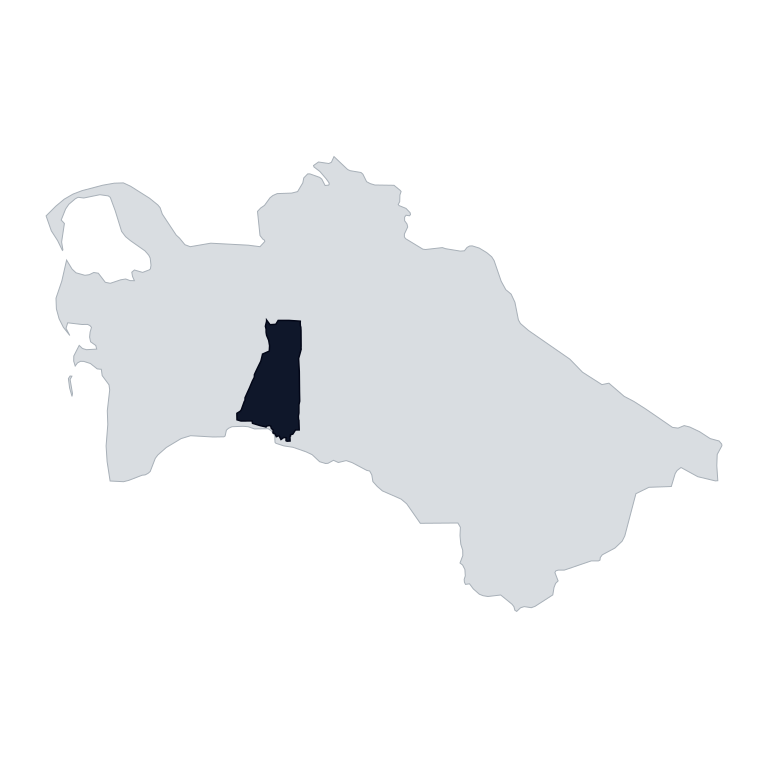 Baherden, Ahal, Turkmenistan (highlighted)
{"feature_id": "10190150B40000077655635", "entity_name": "Baherden", "entity_type": "district", "adm_level": 2, "iso_a3": "TKM", "parent_name": "Turkmenistan", "parent_adm1": "Ahal", "projection": "natural_earth1", "projection_center": [57.355, 39.019], "detail": "fine", "context": "in_parent", "style": "filled", "palette": "ink", "viewbox_px": 768, "rotation_deg": 0, "n_neighbors": 0, "source": "geoboundaries", "source_scale": "gbopen_adm2", "svg_char_len": 5066}
<svg xmlns="http://www.w3.org/2000/svg" viewBox="0 0 768 768"><path d="M210.7,243.2L248.4,245.2L260.0,246.7L264.8,241.5L264.5,240.2L262.8,239.1L260.0,235.5L257.5,211.4L260.8,207.9L264.5,205.4L270.0,197.8L272.9,195.5L277.2,193.6L291.6,193.1L297.6,191.6L302.8,182.9L303.8,177.9L307.7,173.9L309.9,173.9L319.7,177.4L321.8,179.1L325.1,185.5L328.7,185.1L329.3,184.0L328.9,182.6L326.1,178.7L319.9,171.5L314.0,167.0L313.5,165.5L318.5,162.0L328.8,163.5L331.4,162.3L334.0,156.6L347.6,169.5L350.2,170.7L361.0,172.5L362.9,174.2L366.6,181.7L370.2,183.6L374.8,185.0L394.0,185.3L400.1,190.3L401.1,191.5L399.9,195.0L399.7,201.7L398.2,204.4L399.1,205.6L406.0,208.4L410.1,212.7L410.5,214.6L409.4,215.8L406.1,215.2L404.6,217.1L404.6,220.7L407.0,224.0L407.7,227.0L404.4,234.0L404.4,236.9L405.5,238.6L422.9,249.2L425.7,249.5L442.4,247.6L445.6,248.7L460.3,251.1L464.4,250.8L467.1,247.4L469.7,246.0L472.3,245.9L479.3,248.1L486.7,252.6L491.7,256.8L494.1,260.6L501.2,281.3L505.8,289.7L511.1,294.1L514.9,302.2L518.4,319.9L520.4,323.5L528.5,330.5L569.9,359.2L582.5,372.2L601.9,384.6L608.9,383.2L624.2,396.4L633.8,401.4L646.3,409.4L672.5,427.4L678.1,428.1L684.2,425.6L689.7,427.0L699.6,431.7L710.2,438.6L719.1,441.0L721.7,444.1L721.9,445.7L717.2,454.5L716.8,465.7L717.8,480.7L715.4,480.9L697.8,476.7L681.0,467.5L677.1,470.5L675.2,473.5L671.3,486.5L648.9,487.3L635.9,493.7L624.8,535.9L622.2,541.1L615.0,548.0L602.3,554.8L600.3,557.5L600.0,560.1L598.4,560.9L591.3,560.9L564.3,570.1L558.3,570.1L555.9,570.8L554.9,572.5L558.1,580.9L555.6,583.4L554.0,587.5L552.8,594.9L535.1,606.3L531.3,607.7L524.2,606.6L520.5,607.8L516.7,611.4L514.9,610.3L513.9,606.6L512.0,604.2L500.7,595.0L487.9,596.5L483.1,595.7L479.3,594.2L473.3,588.9L469.5,583.8L465.5,584.4L464.4,582.1L464.2,579.3L465.3,575.9L464.9,569.5L462.6,565.0L460.0,563.0L462.8,555.6L462.7,550.2L460.8,544.2L460.0,535.6L460.4,527.3L457.9,523.0L420.3,523.3L406.7,503.8L401.1,499.1L382.4,490.9L377.2,486.4L372.9,481.6L371.8,474.9L369.7,471.0L366.8,470.4L352.1,462.6L346.2,460.6L338.3,462.5L333.5,460.3L328.0,463.3L325.6,463.5L319.6,461.7L312.2,454.7L306.0,451.8L293.0,447.3L283.9,445.9L275.9,443.3L275.0,442.3L274.8,436.3L273.7,433.8L271.4,430.9L268.2,428.7L254.4,428.9L248.1,426.7L243.0,426.3L232.0,426.7L228.5,428.3L226.4,430.2L225.1,436.0L223.9,436.8L213.2,437.0L190.6,435.7L181.1,438.6L166.3,447.5L157.8,455.0L155.3,458.3L150.2,471.5L148.0,473.4L145.1,474.9L142.2,475.2L128.7,480.4L123.5,481.7L110.1,481.0L107.1,461.5L106.1,446.0L107.8,424.5L107.3,410.8L109.7,389.9L109.0,384.8L102.2,375.6L101.3,369.3L97.2,368.9L90.4,363.5L83.8,361.4L80.5,361.3L77.5,362.9L75.2,366.0L73.7,361.1L73.8,356.0L79.2,345.4L82.5,348.5L86.5,349.7L96.7,349.1L95.8,345.5L90.6,341.8L89.6,337.1L90.1,332.1L91.5,327.4L90.0,325.6L87.6,324.4L82.1,324.5L67.7,322.8L66.0,328.3L69.8,335.5L63.4,327.3L59.1,318.8L56.4,308.9L56.0,298.2L61.8,281.1L66.6,260.1L72.0,269.0L76.0,272.8L84.9,275.3L89.2,274.7L93.8,272.5L98.3,273.2L105.3,282.3L110.3,283.3L120.7,279.8L125.7,279.0L130.0,280.6L134.4,280.7L132.5,276.4L131.8,272.2L134.4,270.0L142.6,272.4L149.2,269.9L150.4,268.9L151.0,265.3L150.2,258.1L148.7,255.1L144.9,250.8L130.5,240.7L125.6,236.7L121.6,231.4L115.2,210.7L110.3,197.4L108.3,195.9L99.9,194.7L83.8,198.0L78.1,197.3L75.4,198.7L68.8,204.3L65.6,209.0L61.2,220.0L64.4,223.5L61.6,242.0L62.9,249.9L62.4,250.4L57.6,240.6L51.3,230.8L46.1,215.9L55.8,206.2L64.2,199.2L73.0,194.1L82.2,190.6L102.8,185.2L114.2,183.2L123.4,182.9L130.5,186.2L149.5,198.2L157.8,204.9L160.1,207.7L162.3,214.1L176.2,235.1L179.5,238.1L184.9,244.7L190.2,246.7L210.7,243.2ZM72.5,393.6L72.0,396.4L69.6,387.9L68.4,378.6L70.1,376.0L71.9,376.2L70.1,379.5L72.5,393.6Z" fill="#d9dde1" stroke="#a8b0b8" stroke-width="1"/><path d="M266.6,320.1L266.6,321.3L265.7,324.9L265.4,326.3L266.1,329.1L266.1,329.4L266.1,329.9L266.1,332.2L266.6,335.3L268.4,339.6L268.5,339.9L268.7,340.3L269.6,345.7L269.4,349.1L269.3,351.1L262.5,354.1L262.5,354.4L261.2,359.8L260.8,361.3L259.2,364.5L256.3,370.5L254.4,374.6L254.4,375.9L254.3,377.3L252.3,381.2L249.6,387.7L247.4,392.5L245.3,397.2L245.1,397.5L245.0,399.1L245.0,400.7L244.6,401.0L244.4,401.2L241.3,409.8L240.4,411.0L240.1,411.3L236.9,413.3L236.9,415.4L237.0,419.7L237.0,419.8L241.0,421.0L252.1,420.9L252.5,423.3L260.5,425.7L265.9,426.9L266.0,427.0L266.8,426.0L269.1,425.5L270.7,426.0L271.4,428.5L273.1,429.8L273.0,432.9L275.2,434.0L276.3,436.7L277.5,436.2L278.9,435.6L279.2,436.0L281.0,439.5L283.6,437.6L283.8,437.5L286.1,437.7L286.0,440.7L287.0,441.2L289.1,441.1L290.1,441.0L289.9,436.4L290.5,436.1L290.5,434.8L290.5,434.7L292.8,434.1L295.4,430.1L295.5,430.0L297.5,429.9L299.2,429.9L298.9,420.4L298.6,419.6L298.6,419.3L298.5,418.9L298.4,416.6L298.4,415.9L298.9,413.0L298.9,411.5L298.9,405.1L298.9,404.8L299.7,401.2L299.5,391.4L299.3,372.0L299.3,371.7L298.6,358.5L299.2,356.3L300.1,353.1L301.2,349.0L301.0,348.6L301.1,346.2L301.0,330.7L300.8,327.3L300.8,327.2L300.3,325.4L300.3,324.2L300.2,323.0L300.3,321.6L300.3,321.2L299.3,321.1L288.8,320.4L285.4,320.4L278.2,320.4L275.8,324.3L273.2,324.5L270.0,324.7L267.5,321.3L266.6,320.1Z" fill="#0f172a" stroke="#020617" stroke-width="1.5"/></svg>